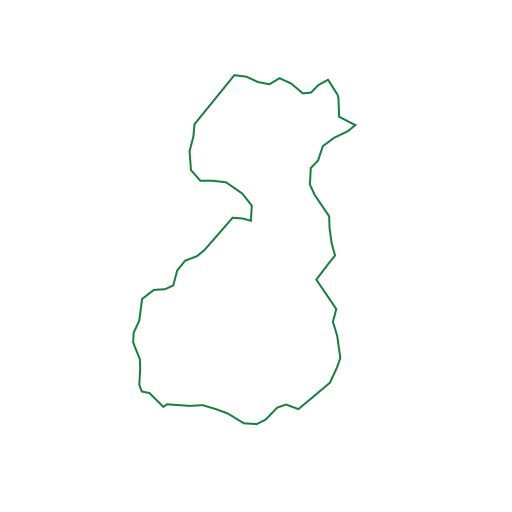 Icheon-si, Gyeonggi, South Korea (Robinson projection), rotated 224°
{"feature_id": "91817680B6202152929023", "entity_name": "Icheon-si", "entity_type": "district", "adm_level": 2, "iso_a3": "KOR", "parent_name": "South Korea", "parent_adm1": "Gyeonggi", "projection": "robinson", "projection_center": [127.497, 37.193], "detail": "fine", "context": "isolated", "style": "outline", "palette": "green", "viewbox_px": 512, "rotation_deg": 224, "n_neighbors": 0, "source": "geoboundaries", "source_scale": "gbopen_adm2", "svg_char_len": 1084}
<svg xmlns="http://www.w3.org/2000/svg" viewBox="0 0 512 512"><g transform="rotate(224 256 256)"><path d="M119.1,175.3L114.8,216.1L120.2,231.8L124.5,241.2L141.9,254.8L154.9,262.1L161.4,273.6L196.2,280.9L198.4,299.8L199.5,311.3L205.2,314.6L210.3,317.6L222.3,327.0L231.0,335.4L256.0,340.6L266.8,344.8L277.7,357.3L277.7,367.8L284.2,381.4L282.0,395.1L276.6,409.7L275.5,419.2L282.0,417.1L292.9,413.9L306.0,426.5L309.2,428.6L326.6,432.8L329.9,422.3L329.9,411.8L335.3,405.5L350.5,404.5L362.5,400.3L365.7,388.8L375.5,382.5L387.5,378.3L397.2,371.0L396.1,358.4L391.8,308.1L384.2,298.7L376.5,285.1L362.4,272.6L348.3,271.5L339.6,279.9L328.7,288.2L309.2,291.4L294.0,289.3L284.2,277.8L291.8,273.6L299.4,267.3L297.2,224.4L298.3,215.0L303.7,203.5L302.7,191.0L295.1,177.4L298.3,169.0L305.9,160.7L308.1,146.0L295.0,128.3L290.7,115.8L284.2,108.4L267.9,101.1L261.4,94.9L250.5,82.3L244.0,79.2L237.5,83.4L217.9,83.1L216.9,87.6L199.5,102.2L190.8,111.6L178.9,117.8L166.9,123.1L148.5,127.2L138.7,135.6L135.4,145.0L135.4,161.7L131.1,170.1L119.1,175.3Z" fill="none" stroke="#15803d" stroke-width="2"/></g></svg>